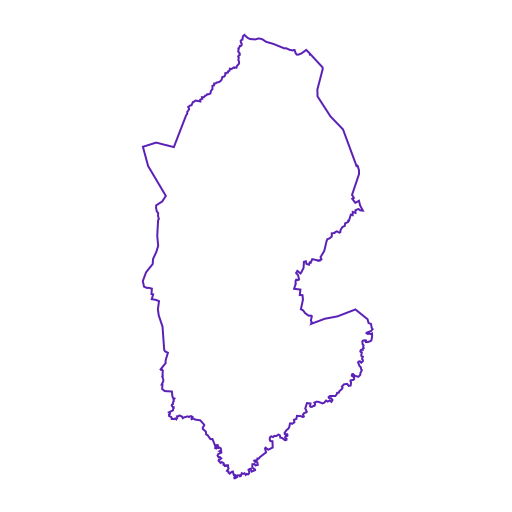 outline of Yang Sisurat, Maha Sarakham, Thailand, rotated 268°
{"feature_id": "78962969B22746873787701", "entity_name": "Yang Sisurat", "entity_type": "district", "adm_level": 2, "iso_a3": "THA", "parent_name": "Thailand", "parent_adm1": "Maha Sarakham", "projection": "mercator", "projection_center": [103.043, 15.652], "detail": "fine", "context": "isolated", "style": "outline", "palette": "violet", "viewbox_px": 512, "rotation_deg": 268, "n_neighbors": 0, "source": "geoboundaries", "source_scale": "gbopen_adm2", "svg_char_len": 6008}
<svg xmlns="http://www.w3.org/2000/svg" viewBox="0 0 512 512"><g transform="rotate(268 256 256)"><path d="M99.1,163.6L98.1,165.6L97.1,166.1L96.1,166.0L95.9,168.5L96.5,169.6L95.5,170.6L97.0,171.7L98.5,171.5L98.7,173.1L99.3,173.9L98.2,176.3L96.5,177.2L97.1,178.0L98.1,182.0L97.4,183.5L98.1,184.4L98.2,185.6L97.5,186.8L96.0,185.9L95.2,186.0L95.8,187.7L94.6,189.6L93.7,194.6L89.2,198.3L88.4,198.3L86.4,196.8L85.0,196.8L82.3,199.7L79.4,200.0L78.5,201.5L74.5,204.1L74.6,206.1L68.2,208.4L68.4,211.1L66.7,211.5L66.2,208.6L65.4,208.5L65.0,209.7L65.6,210.6L65.4,211.8L65.9,212.6L65.0,214.1L62.9,214.3L62.2,212.8L61.3,214.5L60.7,214.5L59.4,211.4L57.9,210.6L56.4,211.4L56.4,212.7L55.0,214.2L53.9,212.9L53.9,211.8L52.7,211.5L50.4,213.4L51.2,214.4L50.9,215.3L49.8,216.6L48.5,216.2L48.1,217.4L47.2,217.5L47.1,218.7L47.9,219.1L47.8,220.8L46.1,220.7L44.7,221.2L42.3,219.5L41.6,221.0L40.4,220.9L39.4,222.1L41.2,224.3L41.4,225.4L38.0,226.1L37.9,227.5L37.2,228.0L35.5,226.5L34.6,226.7L34.6,227.4L35.9,229.6L37.4,229.9L37.4,232.2L36.4,232.4L36.6,233.1L39.4,234.2L38.7,235.5L39.3,236.9L37.6,238.1L38.6,239.1L38.0,240.4L39.0,241.5L40.6,241.8L42.6,241.0L43.6,242.6L43.5,243.1L40.7,244.2L42.0,247.6L42.8,247.5L44.5,244.9L48.0,245.1L48.1,247.3L46.7,248.3L47.2,250.5L49.8,250.1L50.5,247.5L51.5,247.1L52.2,250.2L52.7,250.6L53.5,250.4L53.7,252.0L54.9,252.9L59.4,259.2L63.4,258.3L64.1,258.9L62.0,261.5L64.0,266.0L70.3,266.0L70.5,263.9L71.9,263.3L73.7,263.5L75.0,264.3L75.2,265.1L74.4,266.7L75.6,268.1L75.3,269.8L76.8,272.3L75.9,273.6L73.6,274.0L73.3,275.7L70.8,278.6L71.2,280.0L72.2,280.2L73.2,279.0L74.0,278.8L75.0,279.6L75.1,281.0L76.3,281.2L76.8,280.9L76.9,278.6L78.3,278.4L80.9,280.4L82.4,282.4L84.3,283.4L87.4,284.1L87.6,285.0L87.0,286.4L88.5,288.6L90.9,288.2L91.9,290.7L94.8,291.3L94.4,295.2L93.4,297.2L93.9,298.2L96.0,297.5L97.4,298.7L98.0,300.9L98.6,301.3L101.9,299.9L107.2,301.8L106.7,305.3L103.9,304.8L103.2,305.6L103.4,307.0L104.2,308.1L104.2,309.3L105.8,309.9L107.4,309.2L108.3,311.5L108.0,313.6L106.4,317.2L106.9,318.9L109.1,321.0L108.0,322.5L109.0,324.7L107.6,326.3L109.4,327.4L111.2,326.1L111.2,324.8L111.7,323.8L112.6,323.7L113.5,325.1L113.3,330.4L114.9,331.8L116.4,332.3L116.5,333.9L118.0,334.6L119.9,337.0L121.3,337.9L122.6,337.3L124.7,339.5L125.0,342.6L122.9,344.2L123.3,346.1L126.4,346.6L127.5,346.0L128.4,346.2L128.8,349.0L129.8,349.9L131.4,349.7L133.0,347.5L134.5,348.0L134.7,348.8L132.8,350.7L131.7,354.1L133.5,356.0L135.4,356.3L138.3,357.8L139.3,357.1L141.1,356.9L142.5,355.6L146.1,354.3L146.8,354.7L147.2,356.1L145.7,357.4L147.1,359.1L148.1,359.2L149.4,358.4L151.6,359.2L152.1,358.0L153.2,357.7L156.0,358.4L156.5,357.2L157.3,356.9L158.5,357.7L158.5,359.4L159.6,359.4L160.2,360.4L161.4,359.9L163.0,360.4L164.2,359.4L167.0,359.3L167.8,360.1L168.0,362.3L167.7,363.0L166.6,362.5L166.1,362.8L166.1,364.7L167.0,367.7L168.1,368.5L172.1,369.3L174.5,369.2L173.9,368.0L174.4,366.9L174.2,365.0L175.0,363.7L175.5,363.9L177.0,368.3L178.8,370.0L180.3,369.1L184.0,368.6L185.2,366.1L188.9,365.3L199.1,353.5L192.8,335.2L190.9,322.6L186.3,308.9L187.4,309.5L187.6,309.0L188.4,309.2L189.7,308.6L193.9,309.7L194.5,308.9L194.5,306.5L197.2,303.1L200.1,301.1L201.2,299.0L210.8,301.4L215.3,301.1L215.4,298.4L220.9,299.2L221.9,292.9L227.0,294.8L227.4,294.5L230.0,294.8L231.0,295.4L230.4,296.7L231.0,298.2L235.3,297.4L237.6,295.5L239.7,296.8L237.0,299.8L237.7,300.5L242.4,303.1L248.5,303.7L249.0,305.6L246.4,306.1L245.4,308.6L247.7,309.4L247.3,310.4L250.9,312.1L249.5,317.6L249.0,317.8L249.1,319.3L249.6,319.2L250.0,320.9L250.3,321.3L252.7,320.5L258.7,324.4L268.6,327.1L270.3,327.9L271.0,330.0L272.8,332.4L276.0,332.5L276.2,335.3L276.9,335.7L277.8,337.6L276.4,340.3L276.9,341.1L279.0,341.4L281.9,343.3L283.0,345.8L285.5,346.2L286.7,349.1L288.1,349.4L288.0,350.1L294.0,352.2L293.4,354.0L296.7,354.2L295.6,356.9L298.3,357.0L299.4,360.1L298.0,361.7L297.6,364.4L302.9,361.8L307.6,360.8L305.7,357.1L309.8,354.2L310.6,355.8L313.7,354.1L334.2,361.8L338.1,361.9L342.4,360.8L342.8,360.5L342.4,359.6L379.4,347.4L392.9,335.3L413.3,323.1L420.1,323.1L440.5,329.2L442.2,329.1L455.8,317.4L455.5,316.9L456.9,316.5L460.2,313.4L456.8,308.4L455.7,305.0L455.9,303.7L457.5,302.6L460.4,301.8L460.6,300.8L460.1,300.0L460.8,297.0L462.6,293.3L462.5,291.6L467.3,280.9L469.7,273.6L472.3,270.0L473.0,268.0L473.3,266.0L472.5,263.0L473.0,257.7L474.4,255.1L477.4,252.1L476.0,250.6L472.7,250.0L472.6,249.2L471.6,248.2L469.7,248.4L469.0,249.1L467.0,248.9L466.4,248.1L466.5,247.2L464.6,246.4L464.1,245.6L463.3,245.9L461.1,245.3L459.3,246.7L458.7,246.4L457.7,246.9L456.2,245.1L454.8,245.7L452.4,245.2L450.6,245.9L448.8,245.7L446.6,243.6L444.9,243.1L445.1,242.0L444.7,241.1L445.3,240.5L443.7,238.0L444.1,236.4L442.1,236.0L441.3,234.3L440.3,234.3L439.7,231.6L438.6,231.8L436.8,230.9L436.2,229.9L436.2,228.7L433.2,227.7L431.8,226.3L431.0,224.8L430.7,222.5L429.9,221.8L429.8,220.2L428.0,220.0L427.6,218.4L424.3,218.3L422.6,216.8L419.9,216.0L419.3,214.3L419.3,212.7L418.5,212.3L417.9,210.7L416.6,209.6L416.6,207.5L415.0,207.8L414.2,205.7L412.4,205.8L413.5,200.9L412.4,199.6L412.0,198.3L408.9,196.8L408.8,195.6L407.3,193.4L405.7,194.3L404.8,194.2L402.4,192.3L400.5,192.2L398.9,191.0L367.7,177.7L372.8,160.1L369.1,146.8L349.7,151.3L319.2,168.0L313.8,164.2L310.1,158.0L307.3,157.8L303.8,158.5L302.4,159.7L299.4,159.5L296.4,160.2L295.1,159.4L279.6,158.0L269.6,158.6L263.7,156.6L256.6,153.0L251.6,152.5L243.6,145.6L234.9,142.0L229.3,143.0L227.9,145.8L227.9,147.9L227.0,150.8L221.6,150.2L221.2,151.9L216.5,150.3L215.7,154.3L214.3,157.5L206.2,156.1L200.1,156.7L188.7,160.1L165.3,161.0L163.9,161.7L162.4,164.6L155.1,162.1L152.1,161.9L146.0,156.7L145.4,157.3L145.6,158.3L144.7,158.9L140.1,158.4L139.4,158.7L138.8,158.1L136.0,159.0L134.2,159.0L130.7,157.2L130.6,158.0L126.3,157.6L124.2,160.1L123.5,167.2L118.4,167.6L116.8,168.3L116.4,169.5L115.1,168.5L113.9,168.8L113.4,168.3L110.8,167.7L110.4,166.8L109.3,166.6L107.9,167.6L107.9,168.4L106.7,168.4L106.2,167.9L104.6,167.6L102.9,163.7L102.4,164.4L101.3,164.5L100.8,163.5L99.1,163.6Z" fill="none" stroke="#5b21b6" stroke-width="2"/></g></svg>